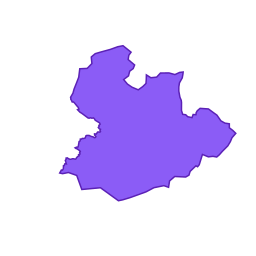 Pelathousa, Paphos, Cyprus, rotated 141°
{"feature_id": "46923920B82267121536699", "entity_name": "Pelathousa", "entity_type": "district", "adm_level": 2, "iso_a3": "CYP", "parent_name": "Cyprus", "parent_adm1": "Paphos", "projection": "equal_earth", "projection_center": [32.477, 35.029], "detail": "fine", "context": "isolated", "style": "filled", "palette": "violet", "viewbox_px": 256, "rotation_deg": 141, "n_neighbors": 0, "source": "geoboundaries", "source_scale": "gbopen_adm2", "svg_char_len": 2403}
<svg xmlns="http://www.w3.org/2000/svg" viewBox="0 0 256 256"><g transform="rotate(141 128 128)"><path d="M206.4,137.2L209.4,136.0L207.6,133.7L202.3,130.9L197.7,123.4L202.6,109.3L187.0,98.9L181.2,77.5L177.3,75.5L170.2,72.6L162.5,69.9L154.1,67.0L145.4,65.3L136.4,60.6L133.8,56.4L129.0,60.7L122.2,60.9L114.0,53.6L110.3,53.0L107.0,55.2L99.9,55.8L99.6,55.8L99.0,55.8L98.3,54.1L95.8,54.6L86.8,60.6L83.7,55.0L79.8,52.5L77.3,49.6L73.9,49.7L69.2,50.5L61.7,51.3L57.0,53.0L53.3,55.0L47.6,56.0L48.1,60.2L49.1,64.4L46.6,67.5L49.6,70.8L51.3,75.1L50.8,82.1L51.7,85.3L53.5,92.2L59.6,97.9L63.3,97.8L65.4,97.0L66.8,95.6L68.9,97.5L71.7,95.8L74.5,99.2L74.8,102.0L76.9,104.2L75.4,108.0L70.4,114.1L69.2,116.0L68.3,119.2L65.3,124.7L62.6,128.0L59.6,130.7L54.3,132.8L51.3,135.4L49.9,136.8L52.9,138.7L57.9,140.0L61.5,145.0L68.2,150.3L73.7,149.5L78.6,152.7L80.3,157.7L83.2,154.3L86.0,151.3L90.4,150.9L96.0,151.2L99.2,157.2L100.8,162.5L100.9,168.4L94.8,168.2L90.9,171.1L86.6,170.9L83.2,172.8L84.8,181.1L81.6,184.0L77.9,185.0L80.1,195.1L84.8,197.6L92.3,200.2L101.4,204.2L106.7,206.4L111.8,206.3L112.2,205.8L115.5,200.8L122.2,200.0L128.2,204.4L134.3,198.5L139.5,195.5L145.4,192.2L148.9,189.7L153.3,188.0L153.3,187.7L154.4,186.3L154.5,185.2L155.0,183.3L154.0,182.6L153.8,181.2L153.8,177.0L153.7,175.3L154.3,173.6L155.7,174.0L155.4,170.5L154.7,168.6L152.7,160.8L151.6,159.8L150.6,159.5L149.9,158.3L148.5,157.6L148.3,156.1L148.6,154.7L146.9,149.9L147.3,148.5L147.9,148.4L148.9,148.4L149.3,148.0L149.3,147.6L149.8,147.2L150.7,147.2L150.8,146.6L150.8,145.5L150.2,144.3L151.2,143.9L151.7,142.5L152.5,142.5L153.2,143.3L154.2,144.0L156.4,143.3L157.1,143.9L157.7,144.5L158.4,143.6L158.3,142.5L158.4,141.4L159.4,141.2L160.3,141.7L160.7,143.1L161.9,144.6L162.9,146.7L164.7,148.2L165.6,148.4L166.7,147.7L167.6,147.2L169.0,147.7L170.1,148.7L171.1,148.6L172.0,149.4L173.3,148.1L174.5,148.3L177.9,145.3L179.0,144.7L180.0,145.5L181.6,145.9L181.4,144.9L181.1,144.4L180.7,143.9L179.8,140.6L179.9,139.7L180.9,139.6L181.1,138.9L181.7,138.0L183.1,138.4L183.4,137.2L185.2,137.6L185.6,137.4L186.4,137.3L186.8,137.3L187.6,136.8L188.5,136.9L189.9,138.6L190.6,139.1L191.7,139.5L192.3,139.8L192.9,140.4L193.8,142.1L193.8,142.8L195.0,143.6L196.0,142.5L197.1,142.3L198.5,138.9L199.3,139.8L199.8,139.9L200.1,139.7L200.6,139.3L201.3,139.0L201.9,139.3L203.8,137.1L205.4,136.5L206.4,136.9L206.4,137.2Z" fill="#8b5cf6" stroke="#5b21b6" stroke-width="1.5"/></g></svg>